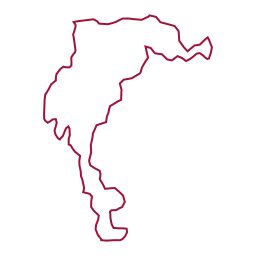 the district of Psematismenos, Larnaca, Cyprus
{"feature_id": "46923920B35113056649454", "entity_name": "Psematismenos", "entity_type": "district", "adm_level": 2, "iso_a3": "CYP", "parent_name": "Cyprus", "parent_adm1": "Larnaca", "projection": "equal_earth", "projection_center": [33.351, 34.757], "detail": "fine", "context": "isolated", "style": "outline", "palette": "rose", "viewbox_px": 256, "rotation_deg": 0, "n_neighbors": 0, "source": "geoboundaries", "source_scale": "gbopen_adm2", "svg_char_len": 2106}
<svg xmlns="http://www.w3.org/2000/svg" viewBox="0 0 256 256"><path d="M83.2,192.2L89.6,193.8L92.0,196.5L91.3,200.9L91.1,206.9L93.7,210.6L98.8,215.5L98.1,219.8L96.1,224.9L95.6,229.3L97.9,235.1L100.4,238.1L101.5,239.7L100.4,240.1L106.4,240.6L110.9,240.4L113.6,240.2L116.6,240.2L120.1,240.2L121.6,239.5L122.7,238.9L125.2,236.1L127.1,232.1L126.6,228.7L124.6,228.4L118.9,228.3L113.5,227.9L111.8,224.6L111.2,222.2L110.4,217.5L110.4,214.5L110.0,211.7L111.5,210.3L116.1,210.1L119.3,208.3L122.1,207.0L124.8,201.9L123.1,195.6L119.2,191.8L114.8,188.0L109.1,188.4L105.1,188.8L102.5,183.6L99.9,179.3L100.5,174.2L99.7,170.8L95.2,168.5L90.3,165.3L89.1,161.1L89.2,160.3L91.2,152.2L90.8,145.1L92.4,138.1L92.9,133.5L96.6,125.2L100.9,123.8L106.1,122.1L106.9,116.4L108.3,113.2L109.9,106.2L117.3,101.7L121.1,99.8L121.5,89.6L119.8,83.5L123.7,79.7L131.6,78.3L139.9,73.4L140.5,72.6L142.0,67.5L145.3,61.7L148.0,57.7L145.5,46.5L150.7,48.0L154.9,53.3L162.0,54.3L167.1,59.4L171.8,60.4L177.6,56.1L182.4,58.2L186.0,61.1L190.5,58.7L193.4,56.5L196.5,53.7L199.7,53.1L203.0,55.4L205.0,57.4L207.4,59.0L209.0,58.4L209.6,56.4L210.9,52.6L211.9,47.3L209.3,40.5L207.7,37.4L205.8,38.9L202.8,41.7L199.9,44.6L194.5,45.5L191.8,47.7L187.6,51.3L183.9,47.3L179.3,40.9L178.6,31.1L174.8,26.2L173.2,25.6L160.4,22.2L156.0,16.9L149.5,15.4L148.7,16.5L141.6,19.8L133.1,19.1L128.8,18.5L122.7,18.5L116.0,21.8L112.4,23.1L107.7,24.2L99.0,23.6L97.2,21.3L93.5,19.3L77.1,21.3L73.6,22.1L75.5,24.6L75.5,26.9L74.6,29.9L73.2,34.5L74.3,41.4L75.5,50.4L75.0,52.4L73.3,54.3L71.3,57.4L71.4,61.1L71.4,65.5L69.6,67.3L66.7,67.3L65.3,67.2L63.3,66.7L60.7,68.7L58.5,71.4L56.4,74.3L55.9,77.5L55.8,80.5L51.2,84.3L48.5,89.5L45.2,94.8L44.6,99.7L44.4,106.1L44.1,114.1L44.2,118.8L45.2,120.7L47.7,122.7L49.2,122.0L52.5,119.5L55.8,119.1L56.7,122.7L55.7,126.6L54.5,130.8L55.6,134.7L58.0,138.3L59.9,139.4L61.1,137.7L62.9,135.9L64.4,132.2L66.0,128.3L68.3,126.4L69.5,128.7L69.8,135.2L68.7,138.7L68.7,144.5L70.8,145.4L72.2,148.0L75.0,151.8L80.1,155.8L79.3,160.9L79.5,165.6L80.7,171.1L81.0,176.0L82.3,179.6L84.0,187.3L84.0,188.9L83.2,192.2Z" fill="none" stroke="#9f1239" stroke-width="2"/></svg>